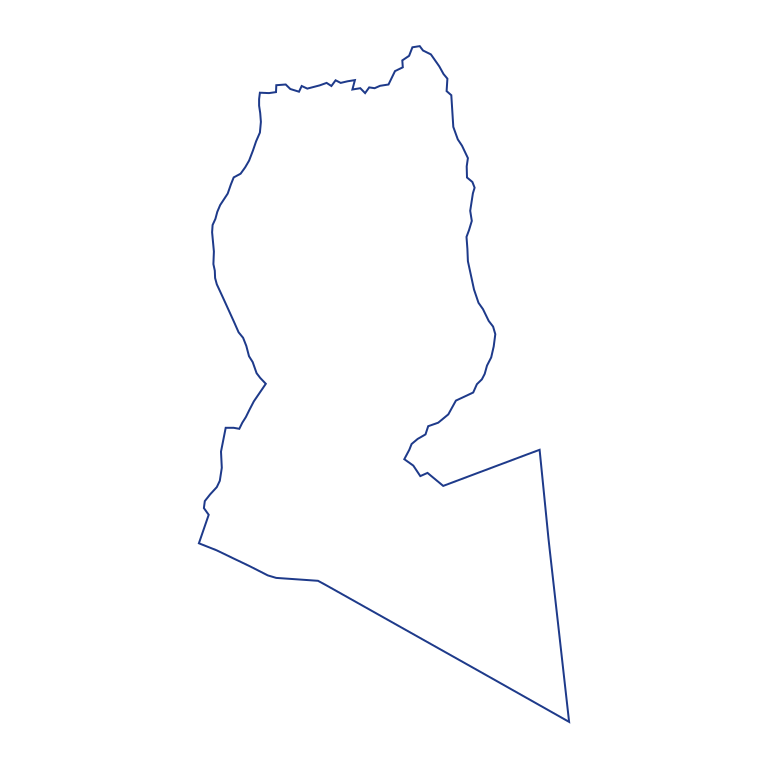 São Francisco do Pará, Pará, Brazil
{"feature_id": "56859067B25031377074866", "entity_name": "São Francisco do Pará", "entity_type": "district", "adm_level": 2, "iso_a3": "BRA", "parent_name": "Brazil", "parent_adm1": "Pará", "projection": "robinson", "projection_center": [-47.76, -1.208], "detail": "fine", "context": "isolated", "style": "outline", "palette": "blue", "viewbox_px": 768, "rotation_deg": 0, "n_neighbors": 0, "source": "geoboundaries", "source_scale": "gbopen_adm2", "svg_char_len": 1806}
<svg xmlns="http://www.w3.org/2000/svg" viewBox="0 0 768 768"><path d="M569.1,721.9L558.4,626.7L549.7,549.7L548.4,537.9L543.6,489.7L539.6,449.8L526.1,454.8L443.2,485.9L427.5,472.9L420.3,476.1L413.3,465.6L404.3,459.2L409.3,449.8L411.6,444.0L417.7,438.9L425.5,434.4L428.2,426.2L438.2,422.7L448.3,414.4L455.9,400.6L473.2,392.5L476.9,384.2L481.9,379.3L484.7,373.9L487.0,365.6L491.2,357.4L493.7,346.5L495.3,334.2L493.1,326.6L488.7,320.9L483.0,309.2L478.5,302.8L474.0,289.5L467.9,261.2L467.4,248.9L466.5,236.9L469.0,230.2L471.8,220.9L470.2,210.8L472.9,193.3L474.6,187.7L472.4,182.0L467.0,177.5L466.7,166.4L467.9,158.1L462.0,145.7L457.8,139.4L453.3,126.9L451.3,95.2L446.6,91.1L447.4,78.7L443.5,74.0L439.3,66.4L430.9,54.4L423.0,50.5L419.7,46.1L412.4,47.3L409.1,55.8L402.3,60.4L402.8,67.3L395.0,71.1L388.5,84.5L380.1,85.8L374.6,88.2L369.2,87.4L365.1,93.1L360.3,88.2L352.4,89.5L354.9,80.1L347.5,81.3L340.7,82.9L335.6,80.3L331.4,86.0L326.6,82.9L319.6,85.4L307.3,88.6L301.7,86.0L299.0,91.7L290.3,89.0L285.7,84.5L276.3,85.2L276.0,92.1L269.0,93.1L259.9,92.7L259.1,99.1L259.1,105.7L260.2,113.0L260.9,121.9L259.9,132.6L256.1,141.3L253.0,150.4L249.1,160.6L245.2,167.3L240.6,173.7L233.7,177.4L230.9,184.4L227.7,193.6L220.2,205.0L217.3,211.8L215.4,218.9L212.6,225.0L212.1,232.3L213.9,251.5L213.4,264.1L214.8,270.7L215.1,278.0L216.8,284.3L223.0,297.7L234.1,322.1L238.6,332.3L243.1,337.8L246.3,345.9L249.0,356.2L252.7,362.1L256.6,373.2L260.2,377.9L265.8,383.8L253.8,401.4L249.5,409.7L245.9,417.0L242.3,422.7L239.3,428.8L233.7,427.8L225.7,427.8L221.0,451.6L221.8,467.8L219.8,480.8L216.8,487.1L210.1,494.4L204.8,501.1L203.9,508.1L208.7,514.8L198.9,543.3L207.0,546.5L216.6,550.3L233.6,558.5L249.5,566.1L267.8,575.4L276.2,577.9L318.0,580.8L326.1,585.2L487.2,675.7L569.1,721.9Z" fill="none" stroke="#1e3a8a" stroke-width="2"/></svg>